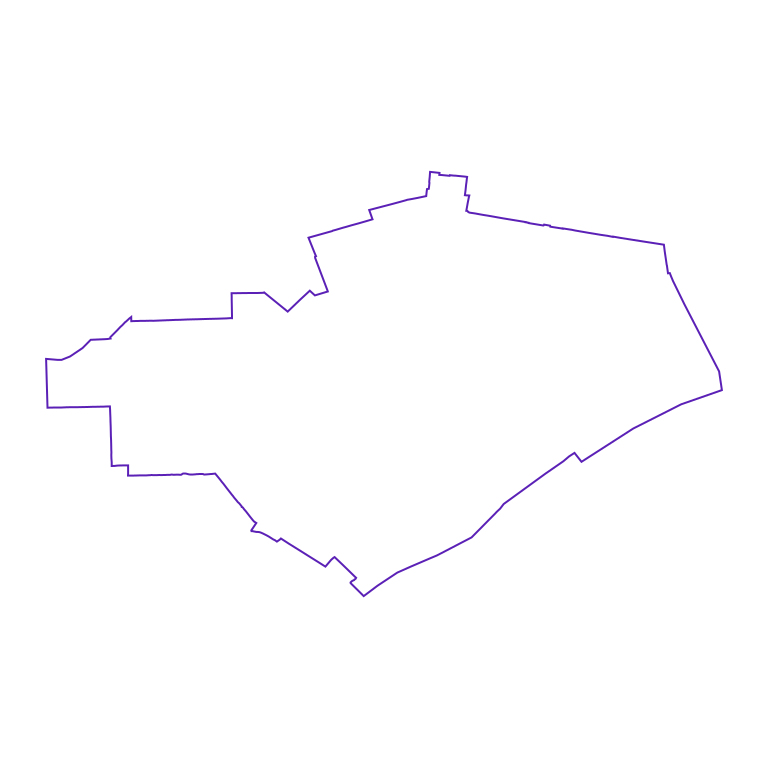 Giurgiu, Giurgiu, Romania (Robinson projection)
{"feature_id": "2599482B32840692607101", "entity_name": "Giurgiu", "entity_type": "district", "adm_level": 2, "iso_a3": "ROU", "parent_name": "Romania", "parent_adm1": "Giurgiu", "projection": "robinson", "projection_center": [25.939, 43.898], "detail": "fine", "context": "isolated", "style": "outline", "palette": "violet", "viewbox_px": 768, "rotation_deg": 0, "n_neighbors": 0, "source": "geoboundaries", "source_scale": "gbopen_adm2", "svg_char_len": 5038}
<svg xmlns="http://www.w3.org/2000/svg" viewBox="0 0 768 768"><path d="M363.7,596.1L376.6,586.4L378.0,585.4L397.3,572.6L410.1,566.9L430.6,558.1L433.0,557.1L436.8,555.5L471.6,537.4L495.3,513.4L496.2,512.4L497.4,511.2L500.1,508.7L503.7,504.0L545.5,473.6L563.3,461.3L569.1,456.4L574.5,452.9L581.5,461.8L633.3,428.5L681.2,404.3L721.9,390.1L719.1,371.4L687.3,309.9L684.5,304.5L672.9,280.8L672.8,280.5L671.2,276.7L669.8,273.1L668.0,273.3L666.9,265.4L666.7,264.9L665.8,258.7L664.7,251.2L663.9,244.7L655.6,243.4L645.2,241.8L620.4,237.9L613.0,236.6L612.9,236.9L611.0,236.5L607.4,235.8L600.5,234.8L593.9,233.7L588.4,232.8L575.1,230.5L571.8,229.8L569.1,229.4L562.7,228.4L562.7,228.7L561.7,228.5L561.3,228.4L550.3,226.7L550.1,225.7L544.1,224.6L543.8,225.3L543.3,225.5L528.7,223.1L528.7,222.8L525.8,222.3L525.9,222.1L502.8,218.3L494.9,216.9L491.0,216.2L487.5,215.6L484.3,215.1L479.7,214.3L475.4,213.5L473.4,213.2L470.7,212.8L470.0,212.7L469.5,212.6L469.2,212.5L468.9,212.3L468.6,212.2L468.4,212.1L468.3,211.9L468.1,211.8L468.0,211.6L467.7,211.4L467.5,211.1L467.3,210.9L466.3,210.8L467.1,206.4L467.7,203.0L468.5,199.0L469.0,196.6L469.1,196.3L469.3,195.5L468.2,195.4L467.8,195.4L466.8,195.4L465.8,195.3L464.9,195.2L465.6,189.7L466.1,184.7L466.5,181.9L466.7,180.0L467.1,176.9L464.9,176.6L458.7,176.0L456.7,175.8L455.7,175.7L453.7,175.6L449.8,175.2L449.6,175.8L441.3,175.0L439.3,174.9L439.5,172.9L433.1,172.2L430.1,171.9L430.0,173.0L429.7,177.1L429.3,181.0L429.2,182.1L429.4,182.5L429.4,183.3L429.2,185.2L429.0,187.2L428.9,188.0L428.8,188.8L427.0,189.1L426.7,191.4L426.2,196.1L423.8,196.6L417.6,197.9L411.3,199.1L407.2,199.8L406.1,200.2L399.6,202.0L391.8,204.1L385.7,205.7L378.8,207.5L372.7,209.1L369.2,210.0L370.1,212.5L371.4,216.2L372.5,219.3L365.4,221.4L358.1,223.5L351.5,225.3L345.3,227.1L343.4,227.6L338.3,229.1L335.3,230.0L333.0,230.6L332.9,230.6L332.5,230.9L332.1,231.1L308.5,237.7L314.7,253.2L316.0,256.2L315.1,256.6L315.1,257.8L327.6,290.8L327.8,291.5L314.9,295.4L309.8,290.7L305.4,294.8L300.1,299.7L287.7,311.6L269.0,296.4L264.1,292.4L263.5,292.8L263.2,292.8L260.3,292.9L257.4,293.0L250.5,293.0L241.3,293.1L234.9,293.2L231.6,293.2L231.6,294.1L231.7,296.9L231.7,299.8L231.8,304.8L231.9,310.4L232.0,315.6L232.0,318.2L230.7,318.1L226.4,318.4L223.3,318.5L217.5,318.7L213.4,318.8L209.0,318.9L201.7,319.1L201.1,319.2L200.9,319.1L199.1,319.2L190.7,319.4L187.0,319.5L180.1,319.8L175.3,319.9L168.2,320.2L166.9,320.2L165.7,320.3L165.2,320.3L153.1,320.8L151.2,320.7L147.7,320.8L142.2,320.9L139.8,320.9L138.0,321.0L136.2,321.0L133.1,321.1L131.3,321.2L131.2,317.0L129.3,318.5L127.5,320.2L126.7,320.9L126.1,321.5L125.5,321.9L125.1,322.2L122.4,325.1L120.5,326.8L118.4,329.0L117.6,329.9L116.8,330.7L115.7,331.8L113.7,333.8L111.6,335.9L110.6,336.9L110.3,337.3L110.3,337.6L110.3,338.1L110.5,338.5L107.6,339.0L104.5,339.2L90.7,339.8L82.6,348.0L70.0,356.5L61.5,359.9L58.0,359.9L46.1,358.9L47.5,407.7L50.3,407.6L52.0,407.6L54.8,407.5L58.0,407.5L61.8,407.5L66.0,407.3L70.2,407.2L72.4,407.2L77.0,407.2L81.6,407.1L87.1,407.0L93.0,406.8L94.9,406.8L99.9,406.7L102.4,406.7L106.5,406.5L109.9,406.4L110.1,409.9L110.2,412.8L110.4,417.5L110.5,421.4L110.7,426.8L110.8,431.6L110.9,436.2L111.1,440.6L111.2,445.1L111.3,450.2L111.4,452.3L111.3,455.1L111.4,458.4L111.7,462.3L111.7,466.0L114.8,465.9L117.2,465.6L119.4,465.5L123.9,465.4L128.1,465.4L128.1,468.4L128.1,471.7L128.1,473.4L128.0,475.4L128.0,475.6L129.8,475.6L132.7,475.6L136.6,475.5L139.8,475.4L143.3,475.4L146.3,475.4L149.1,475.2L150.2,475.2L150.9,475.1L151.3,475.0L151.7,475.0L152.5,475.1L153.7,475.1L155.2,475.1L157.3,475.1L159.3,475.0L161.4,475.1L163.3,475.0L165.3,475.0L166.7,474.9L168.3,474.9L169.6,474.9L170.4,474.8L171.2,474.6L172.0,474.6L173.6,474.8L175.8,474.7L178.7,474.7L180.4,474.8L181.1,474.7L181.5,474.6L182.0,474.2L182.5,473.8L183.0,473.6L183.7,473.5L184.8,473.5L185.9,473.6L187.5,474.0L189.1,474.4L190.1,474.5L191.0,474.5L193.0,474.5L194.4,474.4L195.7,474.3L196.9,474.1L198.2,474.1L199.3,474.0L200.8,474.0L202.3,474.0L203.2,474.1L203.7,474.4L204.1,474.5L204.9,474.5L206.5,474.4L208.8,474.2L211.0,474.0L212.0,474.0L212.4,473.9L215.2,473.6L217.5,476.4L219.3,478.6L220.5,480.1L222.0,482.1L223.3,483.6L224.6,485.3L226.4,487.7L228.5,490.4L230.3,492.7L230.8,493.3L231.6,494.4L232.3,495.2L232.9,495.9L233.6,496.9L234.2,497.7L235.3,499.0L236.9,500.9L237.8,502.1L239.2,503.3L240.6,505.0L241.6,506.3L241.8,506.7L241.8,507.0L242.3,507.1L242.9,507.6L244.2,509.4L245.8,511.2L247.9,513.9L250.2,516.9L252.7,520.0L254.0,521.5L255.1,522.2L255.7,522.6L256.3,523.0L255.0,524.9L251.3,530.4L251.5,531.1L252.4,531.1L253.7,531.4L256.2,531.9L258.4,532.0L259.7,532.2L261.1,532.7L262.9,533.5L266.5,535.3L268.7,536.5L273.4,539.5L274.8,540.1L276.9,541.6L279.7,539.7L280.9,538.5L288.9,543.7L318.3,562.1L325.4,566.6L328.3,563.2L331.2,559.8L333.6,557.7L334.6,557.1L343.1,565.2L354.6,576.4L356.1,577.8L355.9,578.1L355.7,578.6L355.5,578.9L354.7,579.4L354.4,579.6L354.2,580.0L353.6,580.3L352.4,580.8L351.5,581.5L350.9,582.1L350.6,582.4L350.7,582.6L350.8,582.8L350.7,583.2L363.7,596.1Z" fill="none" stroke="#5b21b6" stroke-width="2"/></svg>